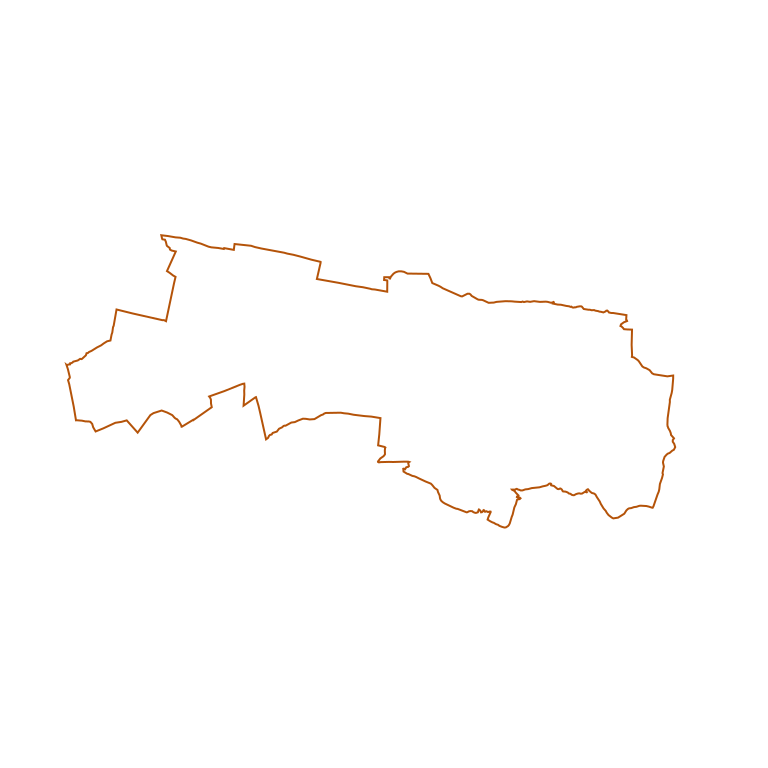 Bacesti, Vaslui, Romania (orthographic projection), rotated 295°
{"feature_id": "2599482B65523487656623", "entity_name": "Bacesti", "entity_type": "district", "adm_level": 2, "iso_a3": "ROU", "parent_name": "Romania", "parent_adm1": "Vaslui", "projection": "orthographic", "projection_center": [27.228, 46.823], "detail": "fine", "context": "isolated", "style": "outline", "palette": "amber", "viewbox_px": 768, "rotation_deg": 295, "n_neighbors": 0, "source": "geoboundaries", "source_scale": "gbopen_adm2", "svg_char_len": 6148}
<svg xmlns="http://www.w3.org/2000/svg" viewBox="0 0 768 768"><g transform="rotate(295 384 384)"><path d="M548.9,574.6L545.2,561.7L544.4,559.9L543.9,557.6L544.5,556.6L544.9,555.3L544.4,554.5L543.5,554.2L541.6,552.6L541.1,550.0L540.6,548.5L540.6,547.5L539.8,544.5L539.8,543.2L538.6,541.0L538.3,539.1L537.7,537.9L536.4,533.3L537.7,530.7L537.7,529.8L537.0,528.4L535.4,526.1L534.5,525.4L534.2,524.5L533.5,523.8L533.0,522.4L533.3,521.1L532.7,520.4L532.7,519.1L531.8,516.2L530.6,510.8L529.4,507.9L528.3,503.2L529.8,503.4L530.0,503.0L529.1,502.2L528.2,501.0L527.6,497.6L527.0,495.8L524.3,490.6L522.5,485.0L520.2,481.7L519.3,478.7L517.4,476.2L517.3,474.8L516.3,473.8L513.9,467.7L512.9,464.8L510.4,459.1L506.0,451.3L504.2,449.1L501.8,444.5L501.8,438.5L501.6,437.2L500.4,434.2L500.3,433.2L500.9,426.2L501.7,424.6L501.9,423.3L501.1,421.5L496.4,417.8L496.0,416.5L495.6,396.8L496.0,394.2L496.1,391.9L495.9,385.1L499.5,381.4L502.6,377.7L494.0,358.6L494.1,354.7L493.4,352.0L492.4,349.8L490.8,347.9L489.6,346.9L488.0,346.0L484.3,344.9L482.1,344.9L482.0,344.3L483.1,343.8L480.9,339.1L478.3,340.1L479.1,342.6L479.2,343.1L478.9,343.4L469.0,347.9L465.8,335.8L464.7,332.9L464.5,331.3L462.8,324.0L460.7,317.2L456.5,300.1L450.8,278.8L467.1,275.3L467.9,274.9L466.0,265.7L464.1,254.1L462.8,247.2L461.3,241.2L460.8,238.1L455.0,215.7L453.6,209.3L453.1,205.1L447.7,189.4L442.1,191.2L439.6,181.7L438.7,181.8L437.2,176.2L434.9,169.8L434.3,166.9L433.8,158.6L433.2,155.1L432.6,148.5L431.7,143.0L430.9,140.4L430.5,137.6L428.8,133.1L426.8,125.7L424.7,119.3L421.9,121.5L421.5,122.0L422.2,124.5L420.7,126.2L417.8,128.5L417.4,129.1L416.7,132.3L415.4,133.2L415.2,135.1L416.1,139.3L394.6,139.6L394.2,142.6L393.2,147.1L393.0,149.8L386.7,151.1L348.8,159.9L348.9,157.6L348.2,156.2L341.7,126.4L338.5,110.1L322.5,114.4L321.0,114.4L315.8,116.0L313.7,116.2L307.8,117.7L305.7,115.0L302.3,112.8L299.5,111.3L295.8,108.4L290.4,104.9L288.3,103.1L287.3,102.7L286.8,102.4L286.2,101.4L284.0,101.7L279.0,99.6L278.7,99.3L278.4,98.0L275.9,96.5L272.9,92.9L272.0,92.7L271.1,92.1L270.1,90.8L269.5,91.2L269.1,91.2L268.2,89.6L267.0,88.9L267.2,88.1L263.9,91.2L257.4,96.4L256.8,96.6L254.0,96.0L250.8,98.8L232.3,112.4L220.9,120.2L221.3,120.9L223.1,125.7L223.9,129.1L225.3,132.4L225.6,133.9L224.5,136.4L221.9,138.7L219.1,142.7L225.1,148.3L235.3,156.9L238.7,162.0L242.3,166.2L235.8,181.3L257.1,185.4L260.2,187.4L266.0,193.7L266.5,199.5L266.3,205.3L264.9,208.5L264.6,209.8L264.6,211.4L264.0,212.7L263.2,214.3L260.7,217.8L259.7,218.6L259.8,218.8L270.9,226.2L270.7,226.5L290.2,237.7L293.3,235.4L296.6,233.8L297.8,232.6L298.8,230.8L310.1,242.3L322.4,253.8L324.5,256.0L325.3,257.2L322.5,258.8L319.1,260.0L315.3,261.9L305.0,265.9L317.6,273.1L318.0,273.5L311.2,279.5L305.6,283.9L284.0,300.5L286.2,301.7L288.3,301.7L289.7,302.2L290.7,303.5L292.6,303.8L295.6,307.0L299.1,307.8L301.6,309.9L303.5,310.7L304.2,311.4L304.6,312.4L309.9,316.3L311.8,319.3L314.7,321.7L318.3,325.2L319.4,327.9L320.5,331.7L322.8,335.8L329.1,340.1L330.7,341.7L331.8,342.2L333.1,343.4L339.7,356.9L340.6,360.2L342.0,364.1L343.3,369.5L346.7,379.9L349.1,386.3L351.6,395.2L336.4,401.0L325.9,404.6L327.2,411.2L327.0,412.1L326.2,412.1L324.2,412.8L320.9,414.5L320.5,414.6L318.4,414.1L314.9,412.1L311.2,411.3L310.8,411.6L310.8,412.5L311.8,414.0L315.5,421.4L317.2,425.3L322.4,435.6L323.9,439.0L324.0,439.9L323.1,439.4L322.5,439.4L320.1,441.3L319.1,440.9L318.0,439.4L315.6,439.1L315.7,437.8L315.3,437.3L312.9,438.7L312.4,443.1L312.7,444.0L312.7,448.5L313.2,450.6L313.3,452.5L313.2,455.7L313.2,462.9L313.5,468.6L312.8,470.5L311.2,473.7L310.6,477.2L308.9,478.6L306.4,481.6L304.2,483.0L303.2,483.9L302.3,485.3L301.7,487.3L301.4,489.6L301.3,499.3L301.5,502.2L301.9,503.4L302.1,505.8L302.6,513.1L303.0,513.7L304.5,514.8L305.4,516.1L306.0,517.8L305.6,519.1L305.8,521.3L306.1,521.9L307.4,523.3L309.6,523.0L310.4,523.1L310.0,524.6L308.7,526.2L309.3,527.0L310.3,527.2L311.0,527.9L311.6,527.5L311.9,527.7L311.7,528.5L310.9,529.1L310.9,529.6L312.0,530.7L311.9,532.4L313.1,533.7L313.4,534.5L313.1,534.8L307.2,534.9L304.9,535.2L304.5,538.3L304.4,540.8L304.6,542.2L304.3,544.6L304.6,547.1L304.2,548.5L304.4,551.4L304.8,553.8L305.5,555.0L307.6,556.4L308.9,556.8L310.8,556.9L317.6,555.9L319.9,555.8L327.2,554.3L330.9,554.3L335.3,553.5L335.7,553.7L337.0,555.6L338.1,556.0L338.3,555.4L337.6,554.8L337.9,553.9L337.7,552.2L338.1,552.1L338.6,553.0L339.0,553.3L339.4,553.4L339.8,553.0L341.2,549.4L342.1,547.7L342.3,546.2L342.2,545.0L342.4,544.6L343.8,547.6L344.8,548.2L345.1,548.7L345.0,550.2L345.3,551.5L345.3,552.9L346.1,554.5L348.2,556.6L349.7,559.1L352.1,561.9L356.1,568.6L358.3,571.1L360.1,573.5L361.4,574.9L363.4,575.8L364.0,576.5L364.2,577.3L364.0,577.8L363.1,578.0L362.8,578.3L363.4,581.1L362.2,585.7L362.6,586.9L363.5,587.5L363.9,588.2L363.5,589.8L362.5,591.1L362.3,591.7L363.1,593.8L363.3,595.1L363.3,596.5L362.9,597.9L363.3,599.4L362.9,601.0L363.1,602.2L363.5,603.2L365.5,604.7L366.9,606.3L367.5,607.4L367.7,608.6L368.4,609.8L371.0,611.5L371.3,612.2L371.5,613.5L371.8,613.6L372.2,612.3L372.5,612.1L373.8,612.5L374.8,613.3L373.9,615.4L373.2,617.8L373.1,618.6L373.5,620.5L373.2,622.3L371.4,624.8L368.7,629.2L367.0,631.1L364.0,635.6L362.7,638.6L361.5,640.2L360.1,642.9L359.2,646.9L359.1,648.6L361.8,652.6L368.0,656.6L371.9,657.1L373.9,657.9L374.9,658.7L376.0,660.5L378.0,662.5L379.4,664.7L381.5,666.9L382.2,668.1L384.3,673.4L384.8,675.9L385.2,679.3L385.4,679.8L387.1,679.9L399.5,678.6L402.5,678.5L404.9,678.0L410.0,676.3L416.3,675.7L420.0,675.0L420.9,674.1L421.6,673.9L427.5,672.5L430.6,670.1L432.0,669.6L436.5,669.1L439.5,670.0L440.9,670.7L442.2,672.0L445.4,673.4L446.9,674.5L449.9,674.6L452.4,672.3L453.7,670.1L455.3,669.4L457.3,669.8L459.1,665.7L460.6,664.7L462.3,663.0L464.4,660.0L464.9,659.7L465.5,658.9L467.0,658.0L472.9,655.5L488.5,650.7L490.5,649.7L497.5,648.5L500.5,647.7L511.1,643.8L513.9,642.5L510.7,637.6L506.9,624.5L507.0,622.5L508.8,618.9L509.1,615.1L508.8,612.6L509.1,610.7L512.3,605.4L512.9,603.9L513.7,599.4L513.3,597.2L514.9,596.7L524.1,591.9L538.1,585.8L536.2,581.3L535.1,578.3L535.8,577.0L536.5,575.0L536.5,573.8L538.2,573.6L541.3,575.3L543.8,577.7L544.4,577.1L544.4,576.5L544.6,576.3L548.9,574.6Z" fill="none" stroke="#b45309" stroke-width="2"/></g></svg>